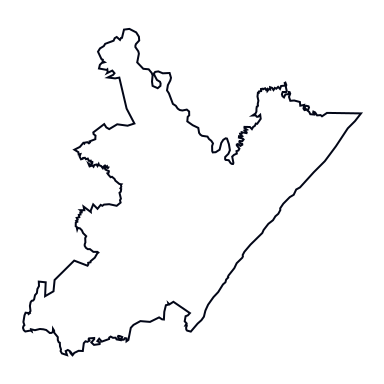 iLembe, KwaZulu-Natal, South Africa
{"feature_id": "47623444B69150070479938", "entity_name": "iLembe", "entity_type": "district", "adm_level": 2, "iso_a3": "ZAF", "parent_name": "South Africa", "parent_adm1": "KwaZulu-Natal", "projection": "natural_earth1", "projection_center": [31.231, -29.241], "detail": "fine", "context": "isolated", "style": "outline", "palette": "ink", "viewbox_px": 384, "rotation_deg": 0, "n_neighbors": 0, "source": "geoboundaries", "source_scale": "gbopen_adm2", "svg_char_len": 5869}
<svg xmlns="http://www.w3.org/2000/svg" viewBox="0 0 384 384"><path d="M190.8,331.6L197.6,323.6L201.4,320.2L203.9,316.7L205.4,310.6L208.1,304.7L213.5,297.1L218.2,292.1L223.0,284.4L225.4,282.3L226.2,279.5L228.2,277.5L227.9,276.9L228.6,275.4L234.3,268.2L236.7,263.2L242.3,257.7L242.9,256.4L242.7,255.0L244.4,251.8L250.5,244.6L262.3,233.0L263.6,230.0L268.4,223.8L273.0,220.2L275.4,216.3L278.3,213.8L280.3,210.1L280.2,208.3L283.3,203.7L289.8,197.1L293.7,194.8L296.2,189.5L300.0,187.4L313.8,172.2L324.8,161.2L335.9,146.3L347.8,128.3L355.0,121.1L361.0,113.4L327.0,112.9L322.0,116.3L320.6,115.1L317.1,115.4L315.1,112.4L313.4,111.6L313.2,112.5L314.7,113.9L314.5,114.6L310.3,114.2L309.2,111.9L307.7,110.7L309.0,107.5L308.5,106.3L306.2,105.8L305.0,106.5L304.8,107.9L306.6,109.7L304.5,110.1L303.5,108.6L304.2,104.9L300.3,105.7L299.9,102.0L294.2,100.5L290.3,100.8L289.0,96.9L290.2,93.7L289.6,92.1L288.8,92.0L288.7,94.2L285.4,94.4L284.0,97.4L282.5,96.2L281.9,94.3L282.7,92.0L286.2,92.0L286.7,90.9L285.8,86.8L286.3,85.0L285.4,82.6L284.7,83.0L285.3,84.8L284.9,85.6L281.1,86.0L280.0,88.9L278.1,86.9L276.3,88.7L274.8,87.9L273.5,90.0L272.1,87.9L270.1,87.2L270.2,89.5L269.0,89.0L267.4,91.0L267.1,89.1L266.1,89.9L265.1,88.3L263.1,89.3L262.7,88.7L261.0,89.0L261.1,91.1L258.9,91.5L258.7,92.9L257.9,92.8L257.5,96.6L258.4,100.7L257.7,104.1L258.0,105.4L257.6,106.4L256.8,106.6L256.5,108.4L256.4,111.7L255.5,113.5L252.5,115.5L255.6,115.3L256.7,116.7L257.9,116.8L260.2,114.8L260.7,118.8L257.2,123.8L255.8,123.6L254.9,125.8L253.1,127.0L251.9,129.1L249.9,127.0L244.5,126.9L244.4,127.9L246.9,129.7L244.6,130.4L246.7,132.4L246.5,133.1L241.7,132.2L241.8,133.5L240.1,133.7L240.4,134.8L242.3,136.2L241.4,136.8L239.0,136.3L238.9,137.6L242.8,138.7L243.6,139.5L242.3,141.2L239.6,141.0L239.3,141.9L240.3,143.2L242.2,143.9L242.3,144.7L240.4,145.9L237.9,144.0L236.8,144.5L236.8,145.4L239.4,148.7L238.4,150.5L236.5,151.1L236.8,153.6L234.1,154.8L232.2,156.6L233.4,162.9L233.1,163.9L232.1,164.0L230.7,163.2L228.7,160.2L225.6,159.9L225.1,159.1L225.2,157.0L228.4,153.8L229.9,150.2L228.9,144.2L227.0,138.6L225.7,138.3L223.3,139.8L221.3,142.9L219.6,149.7L215.7,152.2L212.8,152.4L212.2,151.1L212.1,146.0L213.0,143.4L211.3,140.8L209.0,139.0L207.5,136.6L202.1,135.8L200.4,134.7L199.1,132.9L198.3,127.9L192.7,125.2L187.3,121.4L187.7,116.9L189.2,115.3L189.1,111.5L186.8,109.6L182.4,110.5L179.7,110.0L177.7,108.6L175.8,105.8L172.9,103.9L168.9,93.3L167.0,90.4L167.9,85.1L170.3,80.5L171.0,77.8L169.6,73.0L162.8,73.3L158.3,71.4L155.2,71.9L154.0,73.4L154.3,74.9L156.9,79.9L160.0,81.8L160.6,83.5L160.4,85.9L157.7,88.2L152.6,85.9L152.0,81.6L152.6,75.3L151.6,72.8L148.7,69.3L143.3,68.8L137.2,62.4L138.9,53.7L138.3,51.3L135.4,47.1L135.4,45.7L135.9,44.1L139.2,40.5L138.9,36.7L136.2,32.4L129.4,28.9L124.0,29.6L122.0,37.8L121.0,38.0L120.0,39.9L116.7,37.0L114.7,38.2L113.6,40.7L105.2,43.8L103.8,46.1L100.0,48.4L98.0,51.7L101.4,59.0L102.8,59.7L102.5,60.9L104.6,62.2L101.7,63.0L99.9,64.8L99.0,68.5L106.7,69.9L107.3,69.4L107.7,72.1L107.1,73.1L112.3,70.6L114.5,73.2L113.1,74.9L107.8,77.5L115.1,78.4L119.3,77.6L126.6,108.6L134.4,123.5L127.6,125.7L117.2,124.3L109.2,129.1L106.3,127.4L104.2,124.1L93.3,132.4L93.6,134.1L95.5,135.6L95.3,139.2L89.6,141.4L90.0,142.3L88.9,143.3L87.3,142.2L84.6,142.7L84.3,143.6L83.3,142.9L79.9,146.9L74.4,149.7L78.3,152.1L78.7,154.5L80.4,154.1L79.6,156.5L81.0,159.3L82.7,158.8L83.0,158.0L84.9,157.8L85.9,159.2L87.8,158.6L88.8,160.8L90.7,160.7L90.6,161.8L92.3,161.9L92.3,163.1L90.4,164.9L88.4,163.5L89.6,166.4L92.4,165.5L93.5,166.7L94.3,165.0L96.6,164.5L97.5,166.0L98.6,164.0L99.0,165.2L101.1,166.0L102.8,168.2L103.5,166.6L105.0,165.5L106.1,166.7L106.7,166.4L106.6,167.0L108.3,167.4L107.9,168.0L105.9,167.3L104.7,168.1L105.5,169.6L108.9,171.2L108.6,172.8L107.4,173.3L108.3,174.6L110.6,177.2L112.0,176.8L114.5,178.9L115.4,180.7L119.4,184.0L121.4,184.3L120.9,184.9L121.3,186.8L120.4,188.4L121.2,189.0L120.8,191.6L119.5,192.8L120.9,198.7L120.0,200.2L120.6,202.6L116.7,205.8L109.2,204.2L104.0,204.6L102.3,205.8L100.7,204.9L97.5,208.8L93.2,204.4L90.7,210.7L90.8,212.0L83.6,206.6L84.3,210.2L80.4,210.2L81.8,211.3L81.7,212.4L80.3,212.5L80.5,214.5L78.8,214.9L79.3,217.2L76.7,217.9L77.7,219.7L76.2,220.8L77.2,221.8L75.8,222.6L75.7,226.2L76.6,226.8L77.2,229.5L77.8,227.8L80.0,228.4L81.9,230.4L83.1,233.1L86.2,236.2L85.2,238.1L85.4,242.4L84.7,244.3L84.7,245.8L85.9,247.8L87.7,249.1L89.9,249.1L93.4,251.9L97.5,251.9L98.3,252.6L97.3,253.3L94.8,257.7L90.7,261.1L90.5,262.3L88.2,262.8L88.3,264.5L87.5,265.7L74.2,260.6L54.6,280.0L53.5,291.3L45.1,296.2L45.7,282.3L38.8,281.6L39.0,286.1L37.4,289.0L36.9,293.0L35.0,295.2L34.1,299.4L33.0,300.6L31.7,300.8L30.6,302.3L29.9,305.9L30.5,311.0L29.7,312.2L30.0,313.0L28.6,314.0L28.3,313.0L25.6,312.7L24.5,315.3L23.4,322.0L24.4,325.2L23.4,326.2L23.0,327.9L23.8,330.2L25.3,331.5L30.6,330.5L31.6,331.2L31.1,329.3L34.9,330.2L39.9,329.0L43.3,329.3L46.2,330.0L49.8,333.0L51.5,332.9L52.9,331.9L53.0,328.8L54.1,330.6L54.2,332.7L57.8,337.1L57.8,340.0L58.7,342.2L59.8,342.7L60.0,346.4L61.0,349.4L60.6,351.1L61.9,353.4L67.0,355.1L65.7,351.1L67.8,350.0L69.5,350.9L70.6,353.2L71.6,354.3L71.6,353.3L72.8,354.9L74.3,352.9L78.6,350.8L82.8,351.0L83.8,343.2L85.5,341.3L87.3,341.8L89.5,340.7L88.6,339.1L89.0,338.4L94.2,338.0L94.2,339.1L91.4,342.5L94.0,344.9L99.6,344.1L99.8,342.5L97.4,341.1L99.2,338.7L101.8,341.6L109.1,339.0L109.2,337.6L110.7,336.6L112.9,337.8L115.6,337.7L116.6,339.4L120.5,340.1L120.3,339.1L118.5,338.0L118.0,336.6L118.3,335.9L119.6,336.0L122.2,337.0L121.6,338.6L121.9,339.8L123.7,339.7L125.0,338.1L126.4,338.4L126.5,341.3L128.4,339.9L130.8,327.8L133.5,324.9L140.4,321.1L150.0,321.9L159.1,317.4L162.0,319.3L163.9,319.5L164.3,311.8L165.9,305.2L168.6,304.6L168.3,303.3L169.4,304.4L173.4,301.8L189.9,313.1L187.8,315.4L185.6,316.2L184.7,321.3L186.6,323.4L185.5,325.4L186.7,325.2L186.8,325.8L186.1,327.6L186.3,329.6L187.1,330.6L190.8,331.6Z" fill="none" stroke="#020617" stroke-width="2"/></svg>